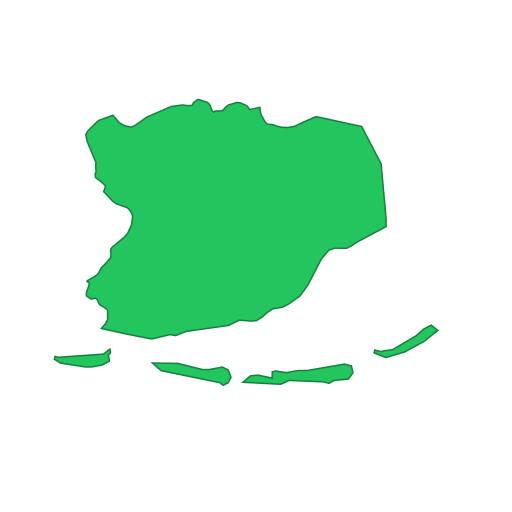 the border of Friesland, rotated 194°
{"feature_id": "NLD-895", "entity_name": "Friesland", "entity_type": "Province", "adm_level": 1, "iso_a3": "NLD", "parent_name": "Netherlands", "parent_adm1": "", "projection": "mercator", "projection_center": [5.86, 53.152], "detail": "fine", "context": "isolated", "style": "filled", "palette": "green", "viewbox_px": 512, "rotation_deg": 194, "n_neighbors": 0, "source": "natural_earth", "source_scale": "10m", "svg_char_len": 2652}
<svg xmlns="http://www.w3.org/2000/svg" viewBox="0 0 512 512"><g transform="rotate(194 256 256)"><path d="M136.8,316.1L161.7,293.6L165.4,289.3L170.0,285.4L181.6,282.6L186.7,279.3L191.8,269.0L198.6,240.5L203.7,227.8L212.5,217.5L217.9,212.7L227.1,208.7L231.4,203.9L235.3,198.2L239.8,193.5L244.9,191.7L256.8,189.7L265.6,182.1L305.6,165.9L314.6,159.4L320.4,158.9L337.2,150.2L361.3,149.0L388.5,148.2L385.8,153.6L384.6,158.6L387.0,167.7L390.6,169.3L395.3,170.7L396.2,171.2L397.2,172.1L398.6,174.2L399.7,175.4L400.5,175.9L401.2,176.1L402.0,176.1L402.9,175.7L404.3,174.8L405.0,174.5L405.8,174.4L410.4,176.0L411.3,177.3L411.7,179.7L411.2,184.9L411.0,189.0L411.5,189.5L412.1,189.9L413.8,190.5L413.8,191.0L413.1,191.8L408.9,195.7L405.5,199.6L404.6,201.5L403.3,206.9L399.6,213.3L396.5,219.5L397.0,221.5L397.2,223.3L397.7,224.3L398.2,225.6L398.4,226.8L398.5,227.9L397.8,229.6L388.6,242.0L386.0,247.2L384.3,256.1L385.4,265.1L387.7,268.1L391.1,271.1L393.2,271.8L403.9,272.8L408.2,274.4L417.2,280.3L419.4,281.5L418.9,287.2L419.7,288.0L423.6,290.3L430.7,293.3L431.3,294.6L431.9,296.9L431.6,299.2L433.0,303.3L433.9,308.0L447.5,326.2L450.5,332.6L450.1,334.4L449.4,336.7L442.5,348.1L441.0,349.8L429.0,357.9L420.6,352.1L415.0,350.7L408.4,350.7L405.7,352.8L403.9,354.6L395.6,364.3L374.4,380.6L363.8,384.8L359.0,385.3L355.0,386.5L354.4,387.0L354.1,387.5L353.9,389.3L353.6,389.9L350.1,394.0L340.2,393.3L339.0,392.7L336.7,390.7L333.8,386.3L332.4,385.7L331.8,385.5L331.2,386.3L330.2,387.0L325.2,388.2L323.9,389.0L323.0,390.0L322.4,391.3L321.5,393.0L320.4,394.6L319.2,395.9L311.8,400.3L309.9,400.7L308.5,400.8L301.4,399.6L300.5,399.1L297.5,396.5L288.2,401.2L285.7,394.9L279.5,388.2L277.0,386.7L271.9,387.5L271.3,387.7L267.8,387.1L262.1,387.1L256.1,388.4L250.0,391.1L241.9,397.8L231.4,405.8L184.8,407.2L184.4,406.8L156.9,375.7L138.7,323.4L138.3,321.8L137.4,317.8L136.9,316.5L136.8,316.1ZM197.8,140.0L201.1,137.5L238.2,130.3L232.4,138.4L225.3,140.9L210.7,141.5L211.2,142.9L211.8,146.0L212.3,147.5L209.0,149.2L198.6,150.1L187.5,155.0L178.6,157.3L143.9,172.6L136.8,172.4L133.7,166.1L136.6,158.9L150.0,154.2L154.4,150.1L160.1,150.2L193.7,143.3L197.8,140.0ZM260.4,124.3L320.4,121.8L330.6,127.1L305.9,132.9L280.1,132.9L273.7,134.6L261.7,140.1L255.3,138.6L250.9,132.3L252.4,126.2L256.6,122.6L260.4,124.3ZM394.9,107.0L419.7,104.8L426.7,107.0L426.7,109.9L423.3,109.9L380.3,123.9L375.3,130.3L373.8,127.6L373.8,126.3L375.3,124.3L372.7,118.5L379.0,112.9L388.3,108.7L394.9,107.0ZM61.5,227.8L72.1,214.0L88.4,198.9L105.4,188.9L118.0,190.6L118.0,193.5L111.4,193.5L108.2,195.3L100.9,198.1L81.2,217.5L75.7,225.6L69.3,231.3L61.5,227.8Z" fill="#22c55e" stroke="#15803d" stroke-width="1.5"/></g></svg>